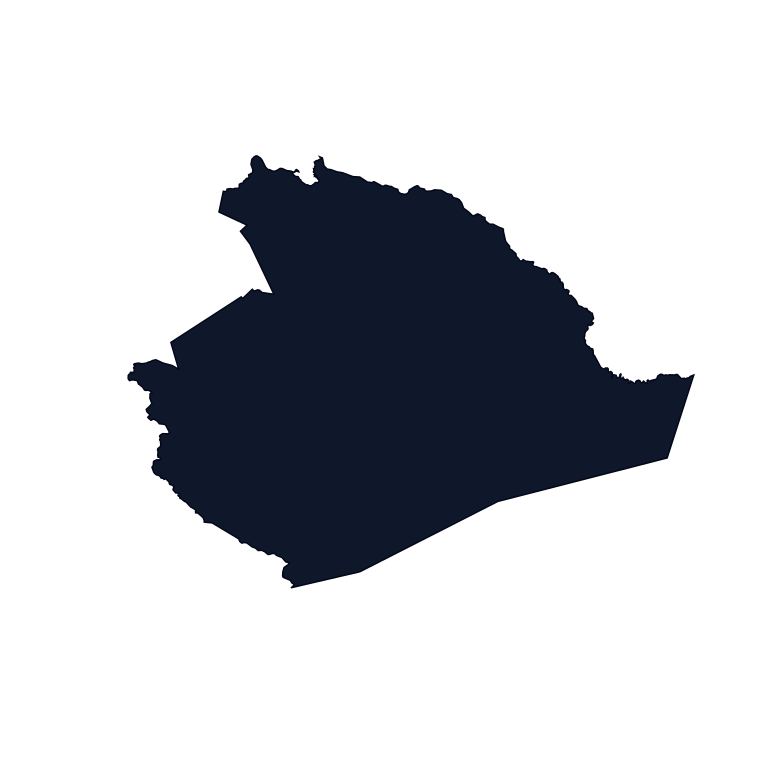 outline of Mosfellsbær, Höfuðborgarsvæði, Iceland, rotated 45°
{"feature_id": "244011B92465939344192", "entity_name": "Mosfellsbær", "entity_type": "district", "adm_level": 2, "iso_a3": "ISL", "parent_name": "Iceland", "parent_adm1": "Höfuðborgarsvæði", "projection": "mercator", "projection_center": [-21.613, 64.146], "detail": "fine", "context": "isolated", "style": "filled", "palette": "ink", "viewbox_px": 768, "rotation_deg": 45, "n_neighbors": 0, "source": "geoboundaries", "source_scale": "gbopen_adm2", "svg_char_len": 6170}
<svg xmlns="http://www.w3.org/2000/svg" viewBox="0 0 768 768"><g transform="rotate(45 384 384)"><path d="M201.6,561.6L203.2,558.9L207.2,556.1L210.3,557.6L215.4,556.9L218.9,557.6L219.7,557.3L222.0,554.9L224.4,554.2L226.3,554.6L225.6,555.6L225.5,556.3L228.5,559.6L233.7,562.0L234.0,566.0L233.8,570.0L235.7,571.2L240.2,571.3L240.5,571.9L240.4,573.9L240.5,574.5L241.1,574.7L244.7,574.5L245.1,574.1L245.5,572.3L246.2,571.5L250.0,570.6L253.2,571.0L257.0,568.0L258.6,567.4L266.8,570.0L266.3,572.2L262.6,575.6L262.1,577.2L262.0,579.1L262.6,579.9L264.0,580.0L264.6,581.8L265.0,582.2L266.3,582.5L269.4,585.0L270.0,586.4L270.1,587.1L269.8,589.0L269.9,590.0L270.3,590.6L272.3,591.8L274.6,594.6L276.0,595.5L277.4,594.5L278.6,594.7L279.1,596.2L276.9,598.3L275.9,601.0L276.0,602.0L278.3,604.6L278.6,605.1L278.6,606.5L278.8,606.9L283.3,609.1L285.0,609.4L287.2,609.2L290.3,607.6L293.0,608.1L294.4,606.9L295.9,607.0L296.3,605.9L296.9,605.4L300.9,605.2L303.4,606.5L306.4,605.0L308.5,605.7L309.2,607.5L309.9,608.1L313.8,608.3L315.2,607.0L316.7,606.7L317.1,607.5L317.0,608.4L318.0,608.6L318.6,607.9L320.7,609.1L321.5,608.5L325.9,608.1L327.5,607.4L334.0,607.7L338.7,606.4L340.7,606.7L341.1,607.7L341.9,608.3L343.6,606.9L350.4,606.4L353.1,607.5L354.6,608.8L360.6,603.8L390.8,596.2L393.4,597.3L395.9,597.1L397.2,595.1L399.2,593.4L405.7,592.5L409.2,590.9L412.8,590.7L415.1,588.1L416.4,587.6L417.9,587.0L422.4,586.6L423.3,585.8L425.0,582.6L426.7,581.2L429.2,581.2L434.6,578.8L440.2,579.3L443.0,577.7L443.8,578.1L443.9,580.0L443.1,584.4L445.2,588.2L448.0,591.4L449.4,592.0L456.5,589.1L459.9,589.8L461.8,589.1L462.2,589.2L462.7,591.8L462.3,593.9L499.7,533.8L547.5,386.6L636.5,236.1L596.7,158.6L595.1,162.3L595.3,163.7L593.9,165.9L594.1,166.6L593.9,167.2L592.4,167.4L590.4,170.0L584.8,169.8L583.9,170.6L583.3,171.9L579.1,175.9L578.5,177.2L577.0,178.1L575.7,180.1L573.7,180.6L572.6,181.6L571.9,184.7L573.1,187.3L572.9,188.5L570.5,192.4L569.9,194.2L569.5,194.6L568.3,194.3L567.7,194.8L567.7,195.5L568.7,196.3L569.0,197.4L568.3,198.3L565.5,198.4L565.6,200.8L564.6,201.3L562.5,200.8L561.4,201.2L560.4,203.0L560.3,204.1L561.0,205.2L560.9,206.2L560.6,206.8L558.0,207.0L555.9,207.8L557.0,210.2L556.6,210.5L554.9,209.8L554.2,208.6L553.1,208.5L552.4,209.0L551.5,211.0L548.4,210.3L548.8,211.5L547.9,212.3L546.3,211.8L545.6,210.9L545.1,209.8L544.3,209.5L544.2,210.6L545.5,212.1L545.5,213.1L544.9,214.2L544.3,214.5L543.3,214.5L542.0,213.7L539.8,215.1L539.6,216.2L540.7,218.1L539.6,217.7L538.0,215.1L537.2,214.6L535.5,214.8L535.1,216.3L534.5,216.4L533.7,216.4L531.7,214.7L530.7,214.7L529.3,216.1L529.0,218.2L525.4,218.9L512.7,215.1L511.4,215.3L507.7,212.1L506.7,211.7L504.1,213.1L502.9,212.6L500.5,213.4L497.5,212.9L495.7,210.8L494.2,210.6L492.6,209.6L492.2,208.4L490.3,206.3L489.5,204.4L489.5,201.4L489.2,200.6L487.4,199.4L486.6,197.2L488.5,196.8L489.2,194.6L488.9,192.8L486.8,193.2L486.2,192.5L485.9,189.5L481.2,186.7L479.9,187.4L478.5,187.3L476.7,188.0L474.1,187.3L471.7,189.2L469.0,189.6L466.7,190.9L465.3,191.1L461.8,189.6L459.3,189.1L453.9,189.0L452.2,190.4L450.9,190.4L449.9,189.4L449.8,188.4L449.5,187.9L448.6,187.3L446.3,188.1L445.2,189.9L442.6,189.0L440.2,186.8L438.8,186.2L437.9,186.2L436.5,187.1L434.0,185.3L432.7,185.7L431.2,184.9L426.5,185.2L424.3,186.1L423.7,187.0L423.5,188.9L423.2,189.5L420.0,189.4L418.7,188.4L416.7,188.6L415.3,189.2L414.3,190.9L408.8,193.3L406.7,194.9L404.8,194.5L403.7,192.1L402.8,192.1L401.7,193.5L397.2,197.0L394.5,197.6L394.4,197.8L394.5,199.3L394.0,200.4L392.5,200.8L390.4,200.2L387.3,200.3L385.2,198.6L379.6,198.9L377.5,199.6L375.1,197.7L371.3,197.5L368.6,196.8L360.6,191.7L358.9,190.1L358.0,190.2L354.4,191.9L348.1,193.9L345.7,196.3L340.7,196.9L339.0,196.2L337.7,194.9L334.9,196.3L333.3,196.2L331.0,197.0L329.8,197.6L328.7,201.1L327.8,202.4L322.3,202.5L316.0,203.4L310.7,201.0L307.1,200.5L304.9,201.0L301.2,203.2L297.6,202.4L294.3,204.7L287.5,206.5L282.4,211.0L281.0,214.0L277.7,217.7L276.4,218.1L274.7,217.6L270.7,220.2L268.3,219.8L267.1,220.5L266.1,223.0L265.1,227.2L264.6,228.7L265.9,231.4L265.6,233.3L264.8,235.0L261.5,237.3L259.2,238.0L256.9,237.3L256.2,236.6L252.5,238.5L249.5,239.1L248.0,240.4L244.9,242.0L244.1,243.1L243.6,244.8L243.0,245.3L234.2,247.9L233.7,248.2L233.2,249.9L232.7,250.4L229.5,252.9L220.5,254.8L215.4,259.3L205.3,263.9L200.9,267.1L195.0,269.9L191.8,272.2L187.2,272.1L180.6,267.7L177.9,268.8L178.7,269.0L180.4,268.3L181.2,268.8L179.4,271.0L179.3,271.8L179.7,272.7L179.3,273.5L178.6,273.3L178.0,274.5L178.1,275.5L177.8,276.4L180.2,277.5L181.2,278.7L181.2,279.5L182.2,280.0L182.5,280.7L182.3,281.0L182.5,281.1L182.0,281.5L182.9,281.8L183.0,282.4L183.6,282.7L183.9,283.7L184.6,284.2L185.5,283.6L186.6,284.3L186.5,284.7L186.9,285.1L186.7,285.4L187.4,285.4L187.9,286.2L188.3,285.1L188.8,285.6L189.2,284.9L190.0,285.2L189.8,285.7L190.3,285.9L190.8,285.1L192.5,285.9L193.6,285.5L194.5,286.5L195.0,288.1L193.0,290.1L193.0,292.7L192.4,295.4L190.8,296.7L189.2,297.1L188.3,298.2L182.5,299.3L180.8,298.6L179.6,299.0L176.8,298.1L174.6,299.8L172.2,300.0L168.8,299.3L170.7,298.0L171.1,297.2L171.0,295.7L173.7,294.2L172.7,293.8L170.5,294.2L170.2,295.3L170.8,296.8L170.2,298.1L167.3,299.5L164.4,301.8L159.7,303.6L158.1,305.0L157.1,309.2L155.9,311.3L154.1,312.5L151.7,313.2L150.2,314.4L146.9,314.4L139.6,311.9L136.9,311.6L133.3,312.3L132.1,313.3L131.5,315.9L131.7,316.6L131.7,318.6L134.6,322.7L140.5,325.6L140.5,326.1L141.0,326.6L141.8,328.5L141.1,329.0L140.9,330.5L140.5,331.1L140.4,331.9L142.3,333.1L142.6,334.2L141.4,335.9L141.6,337.9L141.3,339.9L142.2,341.5L142.2,342.0L141.1,343.0L140.5,344.9L141.0,345.8L142.5,347.0L142.7,348.5L140.1,351.3L139.3,353.0L137.2,354.4L135.7,356.4L135.2,357.3L136.3,358.4L136.0,359.9L134.1,361.3L145.7,379.1L174.8,368.5L174.5,377.5L190.4,379.8L242.7,398.4L232.3,406.1L231.7,405.5L230.6,406.3L229.8,405.6L228.1,406.7L226.5,410.2L223.9,410.1L223.6,423.4L221.4,423.4L203.9,505.3L228.4,518.8L221.3,520.6L213.0,525.4L205.5,528.2L203.6,531.3L203.0,533.4L201.9,535.2L201.1,537.4L198.6,540.7L195.4,543.0L193.2,546.2L193.2,546.9L193.5,547.4L194.9,546.8L195.5,549.6L196.8,550.1L198.7,552.0L198.1,553.6L196.5,554.9L197.1,556.3L196.9,557.3L197.1,558.8L199.4,561.2L201.6,561.6Z" fill="#0f172a" stroke="#020617" stroke-width="1.5"/></g></svg>